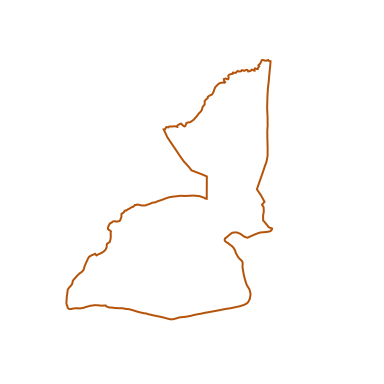 Bavet, Svay Rieng, Cambodia, rotated 108°
{"feature_id": "14789045B60097519425510", "entity_name": "Bavet", "entity_type": "district", "adm_level": 2, "iso_a3": "KHM", "parent_name": "Cambodia", "parent_adm1": "Svay Rieng", "projection": "natural_earth1", "projection_center": [106.09, 11.037], "detail": "fine", "context": "isolated", "style": "outline", "palette": "amber", "viewbox_px": 384, "rotation_deg": 108, "n_neighbors": 0, "source": "geoboundaries", "source_scale": "gbopen_adm2", "svg_char_len": 4963}
<svg xmlns="http://www.w3.org/2000/svg" viewBox="0 0 384 384"><g transform="rotate(108 192 192)"><path d="M280.7,265.0L281.2,265.6L282.1,266.5L282.7,267.3L283.2,267.9L284.0,268.6L284.7,269.2L285.3,269.8L286.7,270.2L288.0,270.4L289.3,270.5L291.3,270.8L292.5,270.9L294.4,271.1L296.3,271.2L298.5,271.0L300.0,271.2L301.3,271.8L302.8,272.6L303.9,273.6L305.0,274.2L306.4,275.0L308.1,275.8L309.9,276.5L311.5,277.3L313.3,277.9L314.7,277.7L316.1,277.6L317.5,277.8L318.9,278.4L320.6,279.2L321.8,279.6L323.1,280.0L324.9,279.7L326.8,279.3L328.1,279.1L330.3,278.7L331.8,278.3L333.2,277.9L334.5,277.7L335.5,277.4L337.2,276.8L338.3,276.0L339.1,275.3L340.1,274.7L340.7,274.3L341.1,273.1L341.1,271.8L340.4,270.4L339.9,269.5L339.1,268.1L338.4,266.4L338.0,265.1L337.7,264.0L337.5,263.0L336.9,261.7L336.3,260.5L335.6,259.3L335.0,258.5L334.2,257.5L333.5,256.3L333.0,255.7L332.3,254.5L331.4,253.2L330.9,251.9L330.2,250.6L329.8,249.8L329.4,248.6L329.2,247.8L328.8,246.4L328.5,245.4L328.5,244.5L328.2,243.3L327.8,242.3L327.3,240.8L326.6,239.1L327.3,238.0L327.4,235.0L326.6,232.2L326.1,229.2L325.1,225.7L324.0,222.1L323.7,219.0L322.9,215.7L322.7,211.5L322.7,208.0L322.5,204.0L322.3,201.9L322.1,199.8L321.6,197.8L321.8,196.8L321.5,193.4L321.2,190.0L320.6,185.0L320.2,180.9L320.0,176.3L319.7,172.8L318.7,170.4L316.8,167.5L315.2,165.3L313.9,162.3L312.5,159.2L310.3,155.1L308.2,151.9L306.6,149.0L305.0,145.9L303.0,142.6L301.6,139.9L300.1,137.1L298.8,134.7L297.4,132.1L295.5,128.6L293.8,125.7L292.6,123.4L290.6,119.4L288.3,115.4L285.9,111.3L283.7,108.2L281.4,105.7L279.5,104.6L275.8,104.0L271.2,104.7L269.1,105.8L266.7,107.4L265.4,109.0L263.5,111.2L261.5,112.7L258.7,114.7L254.1,117.5L250.9,119.2L248.0,120.7L244.9,121.6L242.9,122.3L241.9,123.8L240.8,126.1L240.0,127.5L238.5,129.3L236.6,131.3L235.7,132.0L233.9,133.3L232.3,135.2L231.1,137.3L230.3,140.0L229.4,142.0L229.1,144.0L228.3,145.6L227.4,146.2L226.2,146.2L225.5,146.0L224.7,145.2L222.5,144.0L219.9,142.3L218.3,141.1L217.0,138.3L216.6,136.5L216.8,133.3L218.4,128.0L218.3,125.0L216.1,122.7L214.1,120.4L211.8,117.8L209.4,114.6L208.2,111.6L206.4,107.5L204.9,105.2L202.7,104.4L202.0,104.5L201.8,108.2L199.5,111.5L197.0,115.6L192.4,117.1L187.9,117.8L184.2,119.3L182.5,121.5L178.9,120.0L174.0,125.2L169.4,131.1L163.6,131.0L154.4,130.8L149.4,130.7L144.9,130.7L139.9,130.5L134.2,131.3L126.1,133.9L117.7,136.9L109.9,139.5L105.6,140.5L101.4,142.0L98.1,143.0L97.3,143.3L93.8,144.7L90.4,145.9L88.6,146.6L85.9,147.4L83.8,148.0L82.1,148.5L79.2,149.4L75.5,150.4L69.2,152.0L64.1,153.0L60.1,153.9L54.9,155.1L48.3,156.5L43.4,157.7L43.6,159.5L42.9,160.3L43.3,161.0L44.2,161.8L44.6,163.9L44.5,164.7L45.0,166.4L47.4,166.6L49.3,167.0L50.4,167.9L51.1,167.9L51.7,166.9L52.6,167.3L54.0,167.7L54.7,167.5L55.0,168.3L55.1,169.3L54.9,170.2L56.2,170.5L57.2,170.0L57.4,170.7L57.0,171.7L57.2,173.0L58.4,173.5L59.2,174.5L60.0,175.8L58.9,176.9L59.0,177.9L59.6,178.7L60.7,179.9L60.5,181.3L60.9,182.4L61.9,182.5L62.2,183.2L62.6,183.8L63.0,185.0L62.7,185.8L64.1,186.8L65.1,187.1L65.5,188.1L65.6,189.4L65.9,190.1L67.1,189.9L68.1,191.8L69.0,192.9L70.3,193.4L71.8,192.6L73.1,192.3L73.7,192.6L73.7,195.2L74.8,196.6L76.1,196.0L77.3,194.4L78.0,194.8L78.5,196.8L79.6,198.9L81.0,200.2L82.8,201.1L83.7,201.5L84.9,202.2L86.7,202.4L88.4,202.5L89.6,202.4L90.7,202.6L91.6,202.7L93.1,203.1L94.6,204.8L95.9,205.9L96.7,206.4L97.9,206.1L99.2,207.0L100.3,207.6L101.8,208.0L103.2,207.5L104.9,207.0L107.0,207.9L108.3,208.2L110.4,208.0L112.2,208.3L113.6,208.9L115.2,209.8L117.5,210.5L119.8,211.4L121.3,212.1L122.7,212.7L124.1,213.7L125.4,214.7L126.3,215.5L127.2,217.5L128.4,218.7L129.6,218.6L131.3,218.8L132.0,219.5L131.9,220.3L131.2,221.9L130.3,223.5L131.3,224.7L132.7,226.0L133.7,226.5L134.6,226.1L134.7,228.1L135.0,229.2L135.9,231.2L136.2,232.4L137.0,234.1L137.9,234.5L138.0,235.5L138.0,236.2L138.7,236.7L139.8,236.8L140.6,237.0L141.2,238.3L147.7,232.2L151.7,227.1L157.6,219.5L161.2,215.0L165.4,209.3L169.2,202.6L171.6,199.1L171.9,192.5L172.1,188.6L172.6,182.7L193.9,175.9L194.1,177.2L193.7,178.7L193.6,183.5L195.0,189.7L197.8,197.0L199.2,201.9L201.0,205.7L202.2,208.5L203.8,211.6L205.4,214.0L207.4,216.5L209.2,218.7L210.8,221.0L212.2,222.7L213.1,223.6L213.8,225.0L214.4,226.4L216.3,228.4L218.0,230.8L218.9,231.7L219.3,232.5L220.3,235.6L220.7,238.7L220.7,239.9L221.0,240.5L221.6,241.1L222.0,242.3L223.0,242.7L224.2,243.3L224.6,244.2L225.6,245.1L227.0,246.2L228.0,247.3L229.0,248.2L230.0,248.8L230.2,249.7L230.8,250.3L231.5,250.3L232.7,250.8L233.4,251.3L234.5,252.3L236.1,251.9L237.6,251.4L239.2,251.5L240.4,251.6L241.3,251.6L242.3,252.4L243.5,254.6L243.6,256.1L244.2,257.7L244.9,258.4L246.0,259.0L246.5,259.6L247.2,260.3L248.0,260.5L249.0,260.7L249.7,260.9L251.3,260.9L253.1,260.6L253.7,259.4L254.1,257.5L254.6,256.9L255.9,256.8L257.1,256.3L258.6,255.8L260.9,255.1L262.7,254.9L264.8,254.7L266.1,255.7L267.8,256.9L268.9,256.6L271.2,256.1L273.4,256.4L275.3,257.2L276.8,258.3L278.0,259.4L279.3,260.7L280.5,262.1L281.8,263.3L280.7,265.0Z" fill="none" stroke="#b45309" stroke-width="2"/></g></svg>